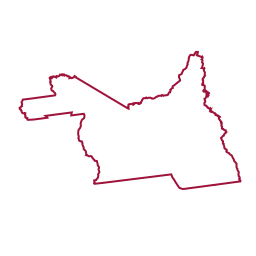 Pimenta Bueno, Rondônia, Brazil, rotated 353°
{"feature_id": "56859067B24271641905673", "entity_name": "Pimenta Bueno", "entity_type": "district", "adm_level": 2, "iso_a3": "BRA", "parent_name": "Brazil", "parent_adm1": "Rondônia", "projection": "orthographic", "projection_center": [-60.823, -11.862], "detail": "fine", "context": "isolated", "style": "outline", "palette": "rose", "viewbox_px": 256, "rotation_deg": 353, "n_neighbors": 0, "source": "geoboundaries", "source_scale": "gbopen_adm2", "svg_char_len": 5795}
<svg xmlns="http://www.w3.org/2000/svg" viewBox="0 0 256 256"><g transform="rotate(353 128 128)"><path d="M27.0,87.0L26.5,88.2L25.4,89.5L25.9,91.3L25.6,91.9L25.5,92.5L25.2,92.9L25.4,93.4L22.9,94.8L22.8,95.6L23.1,96.3L23.9,96.5L23.9,97.0L24.4,97.9L24.3,98.8L25.0,100.3L25.7,100.7L26.3,100.7L27.0,100.4L27.9,100.8L27.7,101.5L27.4,101.9L27.3,102.5L27.8,103.3L27.3,104.5L27.6,105.1L28.1,105.6L28.7,105.5L29.3,105.7L29.1,107.3L29.6,107.7L35.1,108.1L49.2,108.0L48.7,107.0L47.7,105.9L74.1,105.7L73.8,106.3L73.2,108.6L84.8,108.5L85.9,108.6L86.0,109.3L86.3,109.8L86.3,110.3L86.2,110.9L85.7,112.7L85.3,113.1L83.8,113.9L83.3,114.3L82.7,115.2L81.5,117.9L81.5,119.9L80.9,121.4L80.3,122.3L78.9,123.6L78.4,124.7L77.8,127.7L77.9,129.4L78.1,130.1L78.0,130.9L77.5,132.0L77.8,132.7L77.9,134.3L78.2,134.8L79.0,135.2L80.5,135.7L80.4,136.4L80.8,136.7L80.8,137.2L81.0,137.7L80.8,138.4L80.8,139.1L81.2,140.7L81.7,142.0L81.5,142.6L81.5,143.7L82.5,144.7L83.3,145.9L83.2,147.2L83.5,148.1L83.3,148.9L83.5,149.4L83.1,149.8L83.6,150.1L84.5,150.1L85.2,151.0L85.7,151.3L87.9,151.4L88.5,151.8L88.9,153.2L89.5,153.8L90.1,155.1L90.6,155.4L91.1,156.6L92.6,156.8L93.1,157.0L93.2,158.2L93.5,160.2L93.4,161.6L93.9,162.2L94.4,163.2L94.4,164.0L93.9,164.8L93.7,165.7L94.2,167.6L94.2,168.2L94.0,168.7L93.2,169.5L92.6,170.6L92.8,171.5L92.5,172.2L92.4,173.1L91.3,174.5L90.6,174.9L90.0,175.8L88.0,175.9L88.0,176.9L88.3,177.7L87.8,178.3L87.6,178.9L88.0,179.3L96.4,179.4L165.3,179.3L166.0,182.3L167.5,185.0L168.4,187.2L171.1,192.6L171.8,193.8L174.6,195.1L176.3,195.3L233.0,194.7L233.2,194.1L233.1,193.6L232.3,193.1L232.1,192.2L232.3,191.6L232.9,191.3L232.7,190.2L231.9,189.1L232.1,188.4L232.0,186.9L232.5,185.9L232.5,185.4L232.4,184.7L231.8,183.7L231.5,182.6L231.6,181.6L231.1,181.0L231.0,180.3L231.0,179.4L231.2,178.6L231.1,178.0L231.4,176.8L231.1,176.1L230.5,175.5L230.4,175.0L229.4,173.8L229.2,172.9L229.2,172.0L228.4,170.7L228.1,169.2L227.5,167.8L226.3,166.9L225.3,165.7L225.0,165.0L224.2,164.7L223.1,163.9L222.7,163.3L223.4,162.1L223.1,161.4L221.7,160.4L221.2,159.7L221.4,159.3L221.3,158.7L221.3,158.2L221.0,156.4L220.7,155.8L221.0,155.4L220.3,154.7L220.4,154.0L220.6,153.6L220.7,152.7L220.4,152.3L219.8,151.9L219.5,150.3L219.2,149.8L219.1,149.2L220.2,148.5L220.8,147.7L222.2,147.2L222.3,146.5L222.8,146.2L223.2,145.3L224.5,144.7L225.2,144.0L224.6,143.4L224.7,142.3L224.2,142.3L223.0,141.5L222.5,140.6L221.4,140.4L221.1,139.9L221.2,139.4L221.6,138.2L221.2,137.8L221.0,136.8L221.4,136.0L221.6,134.5L221.0,134.6L220.9,133.7L221.2,132.9L220.2,131.7L220.1,131.0L219.3,129.9L219.3,129.4L219.5,128.8L220.5,128.2L218.9,126.7L218.3,127.0L217.8,126.3L216.4,125.7L216.4,125.1L216.9,125.1L216.5,124.7L216.3,124.1L215.8,124.1L214.1,122.6L213.8,122.1L213.2,121.7L212.7,122.2L211.8,121.8L211.4,121.2L212.6,119.3L212.1,119.4L212.0,118.8L211.6,119.2L211.0,118.8L210.8,118.3L210.2,117.7L209.6,117.6L209.3,116.5L208.8,116.4L208.6,115.9L208.2,115.2L207.3,115.0L206.7,114.5L206.8,113.9L206.8,112.5L207.2,112.2L207.9,111.3L207.9,110.5L207.6,110.0L207.5,108.4L208.1,108.5L209.4,106.6L209.6,105.9L210.7,106.1L211.0,106.5L211.8,105.5L211.3,105.2L210.1,105.0L210.0,104.3L210.3,103.6L212.1,103.8L212.7,103.3L212.2,102.6L211.6,102.3L211.0,102.5L210.0,102.3L210.5,101.2L209.4,100.2L208.8,100.5L208.4,101.2L207.9,101.3L207.4,100.9L207.2,100.4L207.4,100.0L208.8,98.9L208.9,98.4L209.1,97.9L209.0,97.3L209.4,95.9L209.1,95.1L207.8,94.7L206.9,94.2L207.1,93.4L207.6,92.6L208.0,92.8L208.0,92.3L208.4,90.4L208.0,89.8L208.3,89.2L208.0,88.6L208.5,87.8L209.1,87.5L209.6,86.9L209.7,86.3L210.9,85.5L210.6,84.3L211.1,82.4L211.0,81.8L210.7,81.4L210.5,80.9L210.3,79.2L211.1,78.3L211.0,77.8L210.0,78.1L209.1,77.5L208.5,77.4L209.0,76.9L209.3,75.8L209.9,74.7L210.3,73.4L210.0,72.3L209.5,72.0L210.2,70.1L209.9,69.7L209.9,69.1L209.5,68.9L210.2,68.2L210.7,67.0L210.4,66.1L209.3,66.4L208.8,65.9L207.9,65.6L206.7,64.9L205.6,64.6L205.2,64.0L205.7,63.7L205.6,63.1L206.2,62.6L206.6,61.0L204.9,60.7L204.2,61.2L203.8,61.9L203.2,62.3L202.5,63.6L202.0,63.9L199.6,63.0L198.6,63.3L197.5,64.6L197.2,65.5L196.8,65.9L196.8,66.8L196.2,68.8L195.1,70.5L194.9,71.0L195.1,72.0L194.6,72.6L193.6,74.5L193.4,75.3L193.0,75.5L192.2,76.2L189.8,77.2L189.5,78.1L188.5,79.5L187.7,81.0L185.2,81.8L184.8,83.5L185.5,86.6L185.5,87.2L179.6,90.9L179.1,91.3L177.8,91.8L177.4,92.1L177.3,93.8L176.2,94.0L175.6,94.5L175.2,95.2L174.6,95.4L174.8,96.1L174.2,97.6L173.7,97.4L172.8,98.1L172.2,99.0L172.0,99.7L170.7,100.2L169.4,100.1L168.8,100.2L168.1,100.1L167.0,100.3L166.4,99.6L165.6,99.5L165.1,100.2L164.5,99.9L164.0,99.8L162.9,99.9L162.1,99.7L160.9,100.5L160.1,100.4L158.0,101.6L157.0,101.9L156.1,101.9L155.7,101.6L155.1,101.6L154.8,101.2L153.7,100.6L152.2,100.5L150.9,100.8L150.2,100.6L149.8,100.0L148.6,100.6L148.1,100.4L147.4,100.3L146.6,100.5L146.1,101.3L145.6,101.6L144.9,102.9L144.6,103.4L143.9,103.9L144.0,104.6L142.8,105.3L142.2,104.9L142.0,105.5L141.3,105.3L141.4,104.4L140.0,104.4L138.6,104.1L137.9,104.3L137.4,104.0L136.9,104.1L137.1,104.9L136.1,105.5L136.0,104.7L135.8,104.3L133.7,104.7L132.3,104.4L131.8,104.8L131.3,104.9L131.1,105.6L131.2,106.4L130.7,106.8L130.4,107.9L131.0,108.1L130.9,108.9L130.2,108.5L85.5,73.8L82.7,71.7L82.7,71.1L81.3,69.9L80.6,70.9L80.1,71.3L79.4,71.3L78.8,71.6L78.0,71.6L77.7,71.2L77.0,71.0L76.5,71.2L76.4,70.6L75.9,70.9L76.0,69.8L74.9,69.2L74.1,69.3L73.9,68.7L73.4,68.3L71.8,67.8L71.3,68.1L71.1,67.3L70.1,67.6L70.2,66.9L69.2,66.6L68.6,66.8L68.0,67.4L67.5,67.3L67.0,66.8L66.2,67.8L64.7,68.3L63.7,67.8L63.3,68.3L63.0,69.1L62.5,68.8L61.9,68.1L60.9,68.3L60.5,67.7L59.0,67.8L58.9,68.9L58.4,69.3L57.2,68.1L56.8,68.3L56.3,68.8L56.5,69.4L56.7,70.2L56.7,71.1L56.9,71.7L56.9,72.8L56.3,73.0L56.6,75.5L57.8,76.7L57.9,77.5L57.4,78.4L56.6,79.3L56.6,80.1L56.7,80.9L57.3,81.8L58.1,82.2L58.8,83.3L59.9,84.6L60.1,85.7L59.5,86.7L35.0,87.0L27.0,87.0Z" fill="none" stroke="#9f1239" stroke-width="2"/></g></svg>